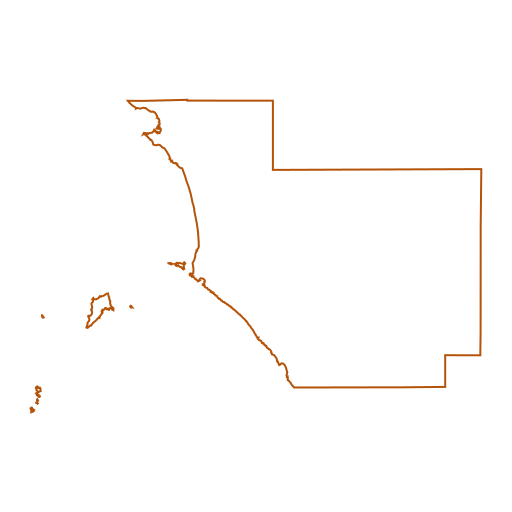 the district of Elliston, South Australia, Australia
{"feature_id": "25037944B88670568151833", "entity_name": "Elliston", "entity_type": "district", "adm_level": 2, "iso_a3": "AUS", "parent_name": "Australia", "parent_adm1": "South Australia", "projection": "equal_earth", "projection_center": [134.757, -33.574], "detail": "fine", "context": "isolated", "style": "outline", "palette": "amber", "viewbox_px": 512, "rotation_deg": 0, "n_neighbors": 0, "source": "geoboundaries", "source_scale": "gbopen_adm2", "svg_char_len": 6017}
<svg xmlns="http://www.w3.org/2000/svg" viewBox="0 0 512 512"><path d="M481.3,169.1L272.9,169.9L272.9,100.7L187.3,100.6L187.3,99.8L143.4,100.9L127.8,100.8L129.5,102.9L132.4,105.5L136.4,108.1L136.3,108.4L137.0,108.0L140.5,108.6L143.2,107.8L145.6,108.0L148.2,110.2L149.7,110.9L150.5,111.7L153.1,111.6L153.6,112.1L154.5,112.2L155.7,113.5L157.2,116.3L157.3,117.0L157.1,117.5L157.5,117.4L158.3,118.9L158.9,119.0L159.3,120.4L159.4,121.2L158.8,122.3L159.7,123.2L159.6,124.6L158.6,124.8L157.2,127.3L158.4,126.6L159.1,126.6L159.6,127.1L159.3,127.5L159.4,128.4L158.4,128.8L159.0,128.9L160.1,128.5L160.7,128.7L160.8,130.7L160.0,131.8L159.8,132.8L159.3,133.2L157.8,133.1L157.0,133.9L157.3,133.0L156.7,132.6L157.5,132.4L157.7,131.9L154.7,131.0L154.6,130.3L154.8,130.9L155.2,130.8L154.2,129.8L153.9,130.7L152.3,132.6L149.4,133.1L148.2,133.9L147.8,133.8L147.4,133.1L146.3,133.4L144.0,132.8L143.3,134.1L143.8,133.8L144.0,134.2L144.9,134.0L144.9,134.4L145.3,134.4L145.8,135.1L146.4,135.3L146.5,135.8L146.8,135.7L147.7,136.6L148.0,137.5L150.0,139.1L150.3,139.9L151.4,140.0L152.9,142.7L153.2,144.4L153.7,144.8L156.7,145.3L157.9,144.7L159.8,145.0L159.9,145.3L161.2,146.1L162.0,147.2L164.6,148.5L167.5,152.8L168.2,154.4L168.7,154.8L169.5,156.5L169.5,157.7L170.2,158.3L169.6,159.2L170.2,159.5L171.0,161.2L171.4,160.6L172.2,160.6L172.4,162.0L173.1,162.8L175.1,163.4L175.4,163.0L176.5,163.3L176.5,163.8L177.3,164.0L177.4,164.3L177.1,164.5L177.1,165.0L179.1,167.0L180.3,167.9L182.2,168.3L185.3,176.9L186.3,180.5L188.8,187.3L190.7,193.9L192.8,203.8L193.3,204.9L194.2,208.8L194.2,210.1L196.7,222.8L198.0,231.7L198.7,242.1L198.8,246.5L198.5,247.8L197.4,249.3L197.0,250.8L196.3,250.7L196.3,252.0L195.4,254.0L195.3,256.1L194.3,259.9L192.6,263.1L193.5,269.2L193.2,273.3L192.5,274.1L191.8,273.6L191.2,273.9L190.3,273.4L189.6,274.1L189.8,275.1L190.3,275.6L191.4,275.1L191.5,275.8L191.7,276.2L192.1,276.1L192.1,276.6L193.2,276.3L193.1,277.0L193.8,277.2L195.3,279.1L195.9,279.0L196.3,279.7L197.7,280.8L198.0,281.4L199.6,280.6L199.2,280.4L199.3,279.8L200.5,278.3L203.0,278.6L204.6,280.0L204.9,281.1L204.8,281.8L204.3,281.9L204.3,283.2L203.9,284.3L203.5,284.6L202.8,284.4L202.9,285.0L203.5,285.0L203.6,285.4L203.9,285.5L204.5,285.3L204.6,286.3L204.9,286.4L205.0,287.0L206.0,287.7L207.3,288.0L208.2,289.7L209.4,289.8L210.2,290.8L210.7,290.9L210.5,291.8L211.3,291.9L211.6,292.2L212.5,292.1L212.5,292.9L213.8,293.1L214.0,294.1L215.3,294.8L215.5,295.5L216.9,295.9L217.3,296.6L217.3,297.0L217.7,297.6L218.7,298.5L219.2,298.5L219.2,298.9L219.8,298.9L221.0,300.0L221.2,300.6L222.0,300.7L222.6,301.7L224.2,302.0L224.4,302.6L226.6,303.7L227.2,304.6L228.3,304.7L229.4,306.1L230.7,306.5L230.7,306.9L231.4,307.2L231.4,307.6L232.0,307.7L232.2,308.2L233.7,309.5L234.2,309.5L234.3,309.9L235.8,311.0L236.3,311.7L237.5,312.5L238.5,313.8L240.3,314.8L240.3,315.3L241.9,316.5L242.7,317.6L244.8,319.4L245.9,321.0L246.5,321.2L248.9,325.0L250.5,326.5L251.0,327.7L253.0,330.1L254.8,333.6L255.4,334.1L255.6,335.1L256.2,335.6L256.8,337.2L257.2,337.5L258.3,337.5L257.9,338.1L257.8,338.8L258.5,339.1L259.0,340.1L261.2,340.8L261.8,342.9L262.9,342.9L263.0,343.5L263.6,343.5L263.6,343.9L264.7,344.8L264.7,345.4L265.5,345.4L266.3,345.9L266.4,346.9L267.0,347.3L267.3,348.1L268.1,348.4L268.7,349.2L269.4,349.2L270.4,350.1L271.3,351.7L271.1,352.5L271.4,353.2L271.8,353.3L271.9,354.3L274.1,355.1L274.9,356.0L276.4,358.2L277.1,360.2L277.0,360.6L277.3,360.6L277.5,361.8L277.9,362.0L277.8,362.3L278.7,363.6L278.7,364.2L279.2,365.1L280.0,364.8L281.5,363.3L283.1,363.6L284.7,365.1L286.2,368.2L286.4,369.5L287.3,372.3L286.5,375.6L287.0,376.5L287.5,376.5L287.1,377.3L287.8,377.7L287.6,378.9L287.9,379.3L287.8,380.2L288.3,380.3L290.4,382.5L292.0,385.3L293.0,386.0L294.0,387.5L403.0,387.3L445.2,386.9L445.2,355.2L480.3,355.3L480.6,332.2L480.7,225.3L481.3,169.1ZM87.7,322.5L87.3,325.1L86.4,327.2L86.7,327.8L87.7,327.8L90.2,325.5L90.9,325.7L93.1,322.9L96.9,319.6L97.4,318.6L99.6,317.9L99.6,317.6L99.0,317.1L100.6,315.5L101.3,314.1L101.9,313.8L102.0,313.1L102.5,312.8L102.6,312.0L101.6,311.6L102.0,310.2L102.6,309.7L103.6,310.0L105.4,307.9L105.9,308.0L106.3,309.1L106.9,309.4L107.9,308.7L108.7,309.6L109.0,310.6L109.3,308.5L110.0,308.1L111.4,308.3L111.9,309.4L113.4,310.2L113.4,308.2L111.3,306.5L110.8,305.7L110.1,303.2L110.3,301.2L109.7,300.3L109.6,299.4L109.2,298.8L109.2,297.2L108.5,296.2L108.1,293.5L106.3,293.8L104.2,295.5L101.7,296.2L101.0,296.8L99.9,296.1L98.4,298.2L96.2,299.3L94.0,299.3L93.4,298.0L92.6,298.7L92.3,299.5L93.0,300.4L92.9,301.8L91.5,303.3L91.5,304.2L92.2,307.1L92.0,308.4L91.3,309.3L91.7,309.7L91.3,310.3L92.1,311.8L92.0,313.5L91.3,314.8L90.2,315.8L89.7,315.9L89.1,315.6L88.2,316.0L88.2,316.7L89.1,318.0L89.4,319.7L88.9,321.1L87.7,322.5ZM184.2,268.6L184.0,267.8L183.4,267.6L183.5,266.9L183.8,266.5L184.0,264.9L185.2,263.6L184.8,262.8L184.2,262.3L183.2,264.0L179.4,262.9L178.3,263.3L177.2,262.7L176.6,262.9L176.6,263.5L175.2,263.8L175.3,264.9L176.2,265.8L176.7,265.7L176.9,265.9L177.1,265.6L177.5,265.8L178.2,265.4L179.8,266.9L181.1,267.1L181.7,267.9L182.2,267.8L182.8,268.5L182.7,268.9L183.5,269.4L184.0,268.6L184.2,268.6ZM37.6,395.3L38.8,396.9L39.5,396.9L39.9,396.4L39.4,395.6L37.6,394.5L37.2,393.6L38.3,392.2L40.7,391.0L40.3,389.8L40.6,388.9L39.8,387.6L39.0,388.0L37.8,388.0L37.8,386.7L37.3,386.4L36.5,386.7L35.8,388.0L36.5,389.3L36.6,390.4L37.8,391.4L37.8,391.7L37.4,392.5L36.1,393.3L37.2,394.4L36.1,395.5L36.7,395.2L37.6,395.3ZM31.2,412.2L32.7,411.8L33.7,411.0L32.5,410.3L32.8,409.8L32.7,409.5L33.3,409.4L32.3,408.7L32.0,407.7L31.1,407.7L30.7,408.1L31.0,408.3L30.8,409.2L31.0,409.8L31.7,410.1L31.2,412.2ZM171.3,264.4L172.6,263.9L170.0,262.9L168.7,263.2L169.3,263.7L171.3,264.4ZM42.0,315.3L42.0,316.4L42.5,317.5L43.1,317.7L43.6,317.4L42.9,316.8L42.4,315.4L42.0,315.3ZM130.7,307.4L131.1,307.6L131.5,307.1L132.2,307.3L131.5,306.3L130.5,305.8L130.2,306.3L130.7,306.8L130.7,307.4ZM37.4,401.4L38.1,400.6L37.3,399.2L37.0,399.5L37.2,400.4L37.0,400.6L37.4,401.4ZM35.4,402.8L36.9,403.1L37.6,403.7L37.9,403.4L36.9,402.4L35.4,402.8Z" fill="none" stroke="#b45309" stroke-width="2"/></svg>